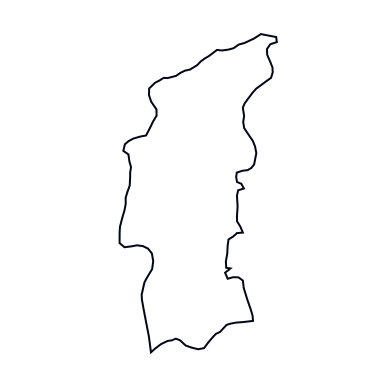 Axixá, Maranhão, Brazil, rotated 185°
{"feature_id": "56859067B14905169969378", "entity_name": "Axixá", "entity_type": "district", "adm_level": 2, "iso_a3": "BRA", "parent_name": "Brazil", "parent_adm1": "Maranhão", "projection": "robinson", "projection_center": [-44.102, -2.845], "detail": "fine", "context": "isolated", "style": "outline", "palette": "ink", "viewbox_px": 384, "rotation_deg": 185, "n_neighbors": 0, "source": "geoboundaries", "source_scale": "gbopen_adm2", "svg_char_len": 1838}
<svg xmlns="http://www.w3.org/2000/svg" viewBox="0 0 384 384"><g transform="rotate(185 192 192)"><path d="M259.7,134.8L254.4,131.1L247.5,132.6L242.2,134.1L236.2,133.8L230.9,131.8L226.6,127.3L224.6,119.7L225.0,111.7L229.8,101.9L231.5,97.8L232.4,91.2L233.2,85.3L232.5,80.3L230.5,72.9L228.8,66.8L226.6,59.1L222.4,44.5L218.9,28.7L215.3,32.6L209.7,37.7L203.3,41.5L199.1,42.5L195.3,44.5L190.9,43.2L184.9,38.5L178.5,36.9L172.1,35.9L166.4,37.5L162.7,43.5L159.5,48.0L156.0,52.6L151.8,55.1L148.9,58.9L146.0,62.6L142.2,64.2L136.9,65.7L129.6,66.9L120.0,68.9L120.9,74.2L123.2,80.0L127.3,89.1L132.1,100.9L133.6,108.2L138.2,111.0L143.6,110.7L148.9,108.7L152.0,114.5L147.1,119.2L151.3,119.5L152.2,125.8L151.5,133.6L151.8,141.4L151.5,147.9L147.0,151.3L143.6,155.0L137.8,156.0L140.9,161.8L144.6,166.8L145.1,172.3L145.3,181.5L146.9,192.2L146.2,197.7L140.6,200.0L143.6,204.5L148.0,205.9L149.3,210.6L149.1,215.2L143.6,217.6L138.5,218.6L134.9,221.2L132.5,225.0L131.3,236.3L133.1,242.7L135.8,248.1L141.1,254.6L145.6,260.2L147.1,266.2L146.7,272.1L148.7,280.5L147.3,284.8L144.4,289.6L140.5,295.9L137.2,300.4L132.0,305.0L127.0,309.4L123.2,312.6L122.0,318.3L122.7,323.1L125.6,328.9L129.0,335.1L129.8,340.9L126.9,346.0L120.6,348.7L121.6,353.7L137.1,355.3L143.6,350.3L152.7,345.0L158.2,343.0L163.1,338.9L168.2,337.0L174.4,335.6L179.5,335.7L187.1,328.8L190.7,326.3L194.6,322.9L198.0,318.7L204.7,313.8L209.5,312.3L213.9,309.7L218.0,306.3L226.1,303.4L230.2,303.2L233.9,300.4L238.2,297.7L243.7,291.4L243.3,284.8L240.6,278.5L234.6,271.2L233.9,265.0L237.0,258.7L239.3,252.5L242.7,244.3L248.4,242.7L255.3,240.0L259.7,237.1L263.0,233.7L264.0,227.0L258.6,223.9L257.0,216.9L254.9,211.4L255.3,206.3L254.9,201.1L254.6,193.0L256.4,186.2L257.6,180.4L257.0,174.6L257.6,168.1L259.3,159.7L260.7,151.2L260.6,146.0L259.7,134.8Z" fill="none" stroke="#020617" stroke-width="2"/></g></svg>